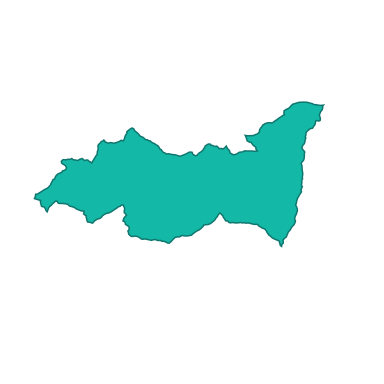 Marília, São Paulo, Brazil (Robinson projection), rotated 72°
{"feature_id": "56859067B32414621865348", "entity_name": "Marília", "entity_type": "district", "adm_level": 2, "iso_a3": "BRA", "parent_name": "Brazil", "parent_adm1": "São Paulo", "projection": "robinson", "projection_center": [-49.991, -22.185], "detail": "fine", "context": "isolated", "style": "filled", "palette": "teal", "viewbox_px": 384, "rotation_deg": 72, "n_neighbors": 0, "source": "geoboundaries", "source_scale": "gbopen_adm2", "svg_char_len": 6066}
<svg xmlns="http://www.w3.org/2000/svg" viewBox="0 0 384 384"><g transform="rotate(72 192 192)"><path d="M271.4,123.6L269.6,122.8L268.9,121.1L267.6,120.6L265.8,120.3L264.5,118.0L263.9,116.2L262.4,115.0L260.9,113.7L259.8,112.8L259.2,111.6L257.9,109.7L256.6,108.5L255.5,106.8L254.6,105.0L253.1,103.6L251.4,102.5L249.5,102.8L248.1,102.0L246.6,101.1L245.5,99.7L244.2,99.0L242.7,97.7L240.8,97.1L239.3,97.1L237.6,97.2L236.4,97.5L235.1,96.4L234.0,95.8L232.5,94.9L230.7,93.7L229.5,92.3L228.2,91.0L227.0,89.5L225.7,87.8L223.8,87.8L222.4,86.6L220.9,85.4L219.8,86.0L218.0,85.1L216.4,84.4L214.9,84.1L213.7,82.8L211.9,82.5L210.6,81.8L209.1,81.1L207.7,80.8L205.8,80.5L204.1,80.2L202.4,79.6L200.8,79.3L198.7,79.4L197.6,78.4L197.0,77.2L196.0,75.8L194.3,74.8L192.2,73.9L190.4,73.4L188.8,72.4L187.0,73.0L185.6,73.6L184.3,74.0L182.9,73.2L181.6,71.8L180.8,70.3L179.6,69.4L178.5,68.8L177.2,68.2L175.7,67.0L174.5,67.3L173.2,66.2L170.8,65.2L169.8,63.7L169.1,62.1L168.3,60.0L168.6,57.7L167.1,55.9L165.9,54.2L164.1,53.2L162.5,52.1L162.9,50.5L163.8,49.4L163.5,48.0L162.2,47.3L160.0,47.1L158.2,47.2L156.7,45.9L155.4,44.9L154.7,43.7L153.8,42.6L152.4,41.7L150.9,41.3L150.0,40.1L149.5,42.6L148.6,44.7L147.3,47.0L146.5,49.1L145.1,50.3L144.0,52.2L142.3,54.7L141.7,56.2L141.2,57.5L140.6,59.5L139.8,62.4L139.7,65.6L139.7,67.2L139.6,69.1L140.3,70.6L141.1,71.9L142.1,73.7L142.4,75.4L142.6,77.0L143.2,79.3L145.7,80.3L147.1,80.2L147.2,81.8L148.1,84.3L148.5,86.3L149.5,88.9L149.8,90.3L150.2,91.6L151.1,94.1L149.8,97.7L149.5,99.4L149.6,101.4L150.2,104.0L151.7,105.6L152.5,107.3L154.4,108.9L155.7,109.3L156.5,110.7L157.0,112.0L157.0,114.2L157.3,116.3L156.7,118.2L156.1,120.4L155.4,122.5L154.6,123.9L156.0,123.7L157.4,123.6L158.8,123.8L160.6,123.6L162.5,121.7L163.1,120.5L165.2,119.8L166.8,119.2L167.9,118.3L169.1,117.5L171.0,117.9L173.1,117.2L172.8,119.4L172.3,120.7L171.6,122.1L170.7,124.9L170.2,126.6L169.6,127.9L169.1,129.6L169.5,131.2L169.2,133.0L168.8,134.8L169.5,137.1L169.7,139.0L169.4,141.2L167.9,142.5L166.6,143.7L164.1,143.6L161.7,144.8L158.9,145.2L160.1,147.3L160.7,149.4L159.6,150.8L159.1,152.9L157.4,153.4L156.0,154.3L155.5,156.8L154.1,158.0L153.4,159.5L152.2,159.7L151.4,161.6L151.8,163.4L152.2,165.1L153.2,165.9L154.7,167.7L155.8,169.0L156.7,171.3L157.0,172.9L157.6,174.2L158.6,175.6L158.6,177.6L157.6,178.5L156.3,179.6L154.3,179.6L153.5,181.1L153.3,182.8L153.8,184.9L154.1,187.7L154.2,189.7L154.3,191.7L153.9,193.2L152.5,194.9L151.2,196.9L150.6,198.5L149.6,200.4L148.6,202.0L148.2,203.3L147.9,204.6L146.5,205.7L145.0,207.4L143.5,207.8L142.3,208.1L141.5,209.1L139.7,209.4L137.2,210.3L135.7,211.9L134.3,212.7L133.2,214.2L131.8,215.3L130.4,216.0L129.8,217.5L128.6,218.2L127.9,219.9L126.1,220.9L124.5,222.0L123.7,223.1L122.5,224.3L120.8,224.7L118.9,225.7L117.4,226.7L116.1,227.6L114.1,227.8L112.6,229.2L113.0,231.3L113.7,233.3L114.5,235.3L116.1,235.9L117.5,237.7L118.7,238.7L119.8,239.5L120.9,240.1L122.2,241.7L120.9,243.3L121.4,245.1L121.6,247.1L121.6,249.2L121.3,251.8L120.3,253.1L119.8,254.4L119.7,256.5L118.5,257.9L117.8,259.1L116.4,259.2L115.3,259.8L116.1,261.1L115.9,262.7L116.9,263.8L117.6,265.5L118.6,267.0L119.9,267.4L121.5,267.8L123.0,268.4L123.9,269.3L125.3,270.0L126.8,270.5L127.8,271.9L129.9,274.5L131.3,276.0L132.3,277.2L133.5,278.5L132.2,279.2L130.9,280.5L129.4,281.2L128.9,282.8L128.9,284.5L127.4,285.3L126.2,286.1L126.2,287.5L126.2,289.0L126.8,290.8L125.6,292.9L124.7,294.9L123.0,296.0L123.3,297.5L122.7,299.3L122.5,300.9L122.3,302.3L121.4,304.6L122.3,306.7L124.1,307.1L125.4,306.3L127.5,304.4L129.8,303.8L131.4,304.8L132.0,306.8L131.9,308.6L133.0,309.8L133.2,312.0L133.5,314.4L134.4,316.1L135.3,317.2L137.0,318.5L137.4,320.6L138.8,321.7L140.0,323.2L141.5,324.3L142.3,325.6L143.2,327.2L143.8,328.8L144.0,331.0L144.4,332.7L145.1,335.1L145.7,337.8L146.3,339.8L145.8,341.4L147.9,342.4L149.6,343.9L150.9,342.0L152.0,340.5L153.2,338.6L154.6,339.3L155.9,339.3L157.4,339.5L159.2,339.5L160.6,337.2L162.3,336.7L164.9,336.5L166.1,335.9L163.0,333.4L161.8,331.9L161.1,329.8L160.2,328.6L159.5,326.6L158.5,324.8L159.0,323.2L160.3,323.0L161.5,322.5L162.1,321.1L162.9,318.7L163.7,317.0L164.4,315.4L165.3,314.0L167.5,312.8L168.6,311.1L169.5,309.8L170.3,308.7L171.4,307.9L172.6,307.0L174.2,305.0L175.3,303.8L176.1,302.6L176.6,300.7L178.1,301.0L179.3,301.9L180.8,301.0L181.7,300.0L183.7,300.5L185.4,300.5L186.7,300.7L188.2,300.6L189.3,298.4L190.2,297.3L190.9,296.1L189.8,294.4L189.0,292.5L188.5,290.3L188.7,288.0L187.9,285.7L186.9,284.4L186.3,282.5L185.9,279.9L186.2,277.6L185.9,275.2L185.3,273.0L184.8,271.3L184.4,269.9L184.0,268.3L183.3,266.7L183.4,264.9L182.7,263.2L182.8,261.7L184.7,261.3L186.3,261.1L187.5,261.4L188.9,262.2L190.6,262.8L191.9,262.1L193.7,261.4L194.4,262.7L195.2,264.0L196.1,265.2L197.2,265.8L198.2,266.6L199.4,265.2L200.7,265.1L202.2,265.3L203.9,263.9L205.3,262.8L206.6,262.8L208.3,263.5L209.3,265.0L211.0,265.0L212.5,265.2L214.0,264.5L215.5,263.5L216.0,262.1L216.1,260.4L216.9,258.7L217.8,257.2L219.3,255.9L220.7,255.1L221.7,253.6L222.1,251.3L222.9,249.8L223.8,248.4L224.5,247.0L225.4,245.7L225.5,243.2L226.0,241.3L227.3,240.0L227.9,238.6L228.1,237.2L229.6,235.8L230.0,234.3L231.0,233.0L231.9,231.9L233.1,230.8L233.6,229.5L233.1,228.2L232.4,226.6L231.6,225.4L231.0,224.2L230.0,222.2L230.1,220.0L230.8,217.9L230.5,216.1L230.2,214.8L231.0,213.6L231.9,211.7L232.6,208.6L232.9,205.9L231.8,203.4L231.2,201.7L230.6,199.5L230.2,196.7L229.5,194.7L228.7,193.3L228.1,192.0L227.1,191.2L227.4,188.7L227.9,187.0L227.8,184.5L227.1,182.3L226.4,180.7L225.6,178.9L224.2,177.2L223.2,175.5L221.8,174.1L220.6,172.1L221.6,171.3L222.9,170.7L224.4,169.9L225.7,170.1L227.3,169.4L229.8,168.9L230.8,166.8L232.4,166.3L233.3,164.8L233.4,163.2L234.2,161.6L235.1,159.6L236.2,154.8L237.1,153.5L237.3,151.8L238.3,150.4L238.7,148.4L239.4,146.9L240.3,145.8L240.9,144.6L242.0,143.0L242.6,140.7L243.5,139.5L245.0,139.0L246.4,137.6L248.2,136.2L249.1,134.9L250.2,133.9L252.4,133.2L253.9,133.1L255.1,132.6L256.5,132.3L258.4,130.9L259.5,130.4L260.7,129.6L262.3,128.0L263.4,126.7L264.6,125.3L265.6,124.1L267.0,124.4L269.0,124.4L270.2,124.5L271.4,123.6Z" fill="#14b8a6" stroke="#0f766e" stroke-width="1.5"/></g></svg>